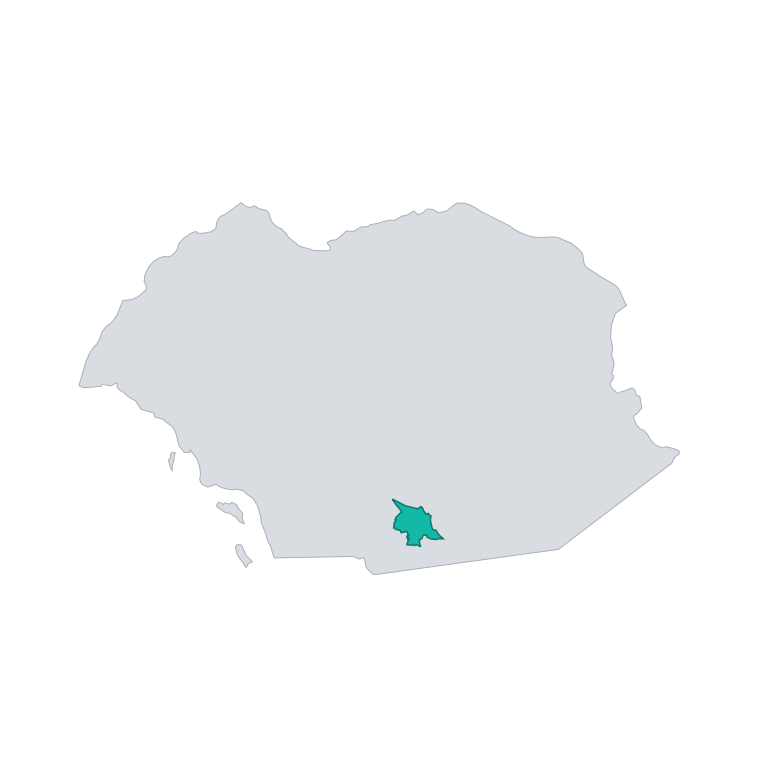 Monduli, Arusha, United Republic of Tanzania (highlighted), rotated 143°
{"feature_id": "72390352B11439822404473", "entity_name": "Monduli", "entity_type": "district", "adm_level": 2, "iso_a3": "TZA", "parent_name": "United Republic of Tanzania", "parent_adm1": "Arusha", "projection": "orthographic", "projection_center": [36.288, -3.452], "detail": "fine", "context": "in_parent", "style": "filled", "palette": "teal", "viewbox_px": 768, "rotation_deg": 143, "n_neighbors": 0, "source": "geoboundaries", "source_scale": "gbopen_adm2", "svg_char_len": 8276}
<svg xmlns="http://www.w3.org/2000/svg" viewBox="0 0 768 768"><g transform="rotate(143 384 384)"><path d="M299.2,519.6L292.0,515.9L285.5,513.6L280.2,511.1L277.8,508.6L272.8,507.7L268.5,507.3L264.5,505.0L256.3,504.2L255.4,502.6L255.2,499.2L253.8,498.3L250.8,497.5L247.6,497.5L245.7,498.0L244.5,497.8L241.8,495.8L239.3,493.3L238.3,489.2L234.6,486.6L230.2,484.5L218.2,484.8L216.4,484.2L213.5,482.2L210.1,478.8L207.4,474.9L204.9,469.6L202.4,462.5L188.3,434.1L186.8,428.7L184.0,422.7L179.5,415.4L174.8,410.0L168.4,405.1L161.2,400.2L157.3,396.9L149.7,383.5L148.1,377.3L146.9,370.8L147.3,368.1L151.8,359.7L152.3,357.3L151.7,354.1L149.3,347.5L146.4,339.4L140.3,324.6L139.4,320.9L139.5,318.1L142.8,303.0L142.7,300.9L156.6,301.1L166.6,294.5L175.3,284.6L177.0,280.4L180.6,274.1L184.1,270.9L185.4,268.8L187.4,262.4L192.0,258.1L196.5,254.8L195.5,252.5L196.2,251.7L198.6,250.0L203.4,248.4L204.3,245.1L204.3,241.4L203.5,239.3L203.6,236.9L202.9,235.6L199.8,235.2L195.1,233.4L191.2,232.6L188.6,231.6L187.6,230.8L187.2,228.5L189.3,222.7L187.1,220.4L191.9,210.8L192.8,209.7L194.5,209.5L197.3,208.5L199.9,208.0L202.0,208.4L203.5,208.0L204.9,206.9L206.1,203.6L207.0,198.2L206.4,193.8L204.4,190.4L203.9,185.2L204.8,178.3L204.1,172.5L201.8,167.9L199.6,165.1L196.1,163.9L190.6,156.8L188.9,153.4L189.2,151.3L191.1,150.4L194.6,150.7L197.9,149.8L200.9,147.9L203.9,147.3L205.4,147.6L344.2,147.0L506.6,237.6L507.3,238.7L508.6,246.5L508.3,249.1L505.8,253.6L505.0,256.0L505.0,257.6L505.6,258.3L507.7,258.5L509.6,259.6L510.2,260.4L511.6,263.8L513.4,265.5L574.8,310.1L576.2,310.8L575.3,314.5L571.8,323.6L571.6,327.3L570.2,331.8L568.9,334.7L565.3,347.4L562.3,352.2L558.2,363.3L557.5,371.8L559.7,377.8L560.5,383.4L565.2,388.9L569.0,390.9L571.6,393.4L576.1,399.1L578.6,404.9L586.7,407.7L589.9,414.2L588.7,418.6L584.9,422.3L581.4,428.2L578.5,436.0L578.3,448.0L580.2,446.2L584.5,449.1L585.0,457.9L580.5,468.1L579.1,472.9L578.8,477.0L582.0,489.2L586.8,495.5L586.4,497.4L585.1,499.0L593.3,510.1L592.5,519.7L595.6,527.1L596.9,533.6L598.9,538.6L599.2,542.0L596.6,545.7L602.7,546.7L606.2,549.8L607.8,552.8L612.2,552.7L614.5,554.7L617.9,556.4L625.4,561.4L627.4,563.9L628.6,566.3L607.7,581.9L600.2,585.9L594.8,587.8L589.1,588.8L583.7,591.2L578.5,595.1L572.0,597.0L564.0,597.0L555.6,599.7L542.4,607.8L534.7,603.3L528.7,601.8L521.8,602.0L517.5,602.5L516.0,603.5L514.7,606.2L513.6,610.7L509.0,615.1L501.0,619.2L493.7,620.7L487.0,619.7L482.4,617.9L480.1,615.5L476.6,614.4L472.0,614.6L467.5,616.3L463.3,619.6L456.6,621.0L447.3,620.5L442.3,619.0L441.7,616.3L437.6,613.1L430.2,609.5L424.7,609.4L421.2,612.9L418.0,615.1L415.1,616.0L412.5,616.1L408.7,615.1L398.5,614.8L388.8,614.9L387.8,609.9L385.8,606.8L384.0,605.0L380.7,604.6L379.7,603.1L378.6,600.0L376.9,597.3L374.7,595.1L373.4,593.1L373.0,591.2L373.3,589.1L375.3,584.0L375.9,580.4L375.7,576.8L374.5,573.1L372.2,568.7L372.5,567.4L371.7,564.4L371.6,562.3L372.0,559.6L371.5,556.1L369.5,548.8L369.5,546.9L367.4,543.3L360.9,534.8L360.5,533.7L350.3,525.2L346.3,523.3L344.8,524.9L344.3,526.4L344.7,529.1L344.5,530.5L344.1,531.1L341.6,531.0L340.1,530.7L336.3,528.4L333.3,527.9L325.8,528.3L323.2,528.9L321.2,528.4L317.2,524.5L312.6,523.6L308.4,523.5L301.6,519.0L299.2,519.6ZM588.0,376.6L591.3,386.0L590.9,387.8L588.5,388.8L587.2,388.9L585.8,387.4L584.7,384.2L582.9,385.0L579.9,381.2L576.8,381.0L574.2,376.4L575.2,372.5L574.7,365.7L578.0,362.3L579.8,356.5L582.0,360.4L582.4,366.6L585.2,373.9L588.0,376.6ZM604.6,320.4L604.8,322.6L604.1,324.7L604.2,331.4L603.9,335.9L601.4,342.0L599.3,344.2L597.5,343.6L596.0,342.5L594.8,340.9L597.3,329.6L596.1,321.3L600.8,322.1L604.6,320.4ZM596.9,456.4L594.5,457.0L593.6,456.4L592.1,454.6L594.7,453.0L597.2,450.0L602.9,445.5L605.6,441.9L605.1,445.4L601.9,453.0L599.1,453.5L596.9,456.4Z" fill="#d9dde1" stroke="#a8b0b8" stroke-width="1"/><path d="M462.4,241.8L461.8,241.2L461.5,241.0L461.2,240.7L458.3,238.2L457.2,237.3L456.8,236.9L456.8,237.0L455.9,236.7L455.5,236.8L454.9,236.2L454.4,235.6L454.3,234.9L453.0,232.6L452.7,232.5L452.4,232.5L452.1,233.3L452.0,233.5L451.8,234.2L451.2,235.5L450.8,236.4L450.4,237.6L450.2,237.7L449.6,238.1L449.3,238.1L449.0,237.9L448.9,237.9L448.8,238.0L448.7,238.0L448.6,237.9L448.3,238.0L448.0,237.9L447.6,237.8L447.4,237.8L447.0,237.9L446.8,237.9L446.7,237.9L446.6,238.0L446.4,238.0L446.2,238.0L445.9,238.2L445.8,238.3L445.6,238.4L445.6,238.5L445.2,238.7L445.1,238.8L444.9,239.0L444.5,239.2L444.2,239.4L443.9,239.4L443.7,239.4L443.6,239.5L443.3,239.4L443.1,239.2L442.8,239.1L442.7,238.9L442.4,238.7L442.1,238.7L441.7,238.4L441.3,238.0L440.8,237.2L441.8,235.8L441.9,235.7L441.5,235.2L441.0,234.4L440.8,234.1L440.4,233.4L440.2,233.0L440.2,232.6L439.6,232.0L439.1,231.2L438.5,230.7L437.9,230.2L437.5,230.0L437.4,229.8L436.6,229.0L436.2,228.6L435.9,228.3L435.7,228.3L435.4,228.3L435.2,228.4L434.7,228.2L434.0,227.8L433.8,227.7L433.7,227.7L431.4,225.9L430.7,225.5L430.2,225.0L429.9,224.7L429.9,225.2L429.9,225.4L430.0,226.4L430.3,227.3L430.6,228.5L430.7,229.0L430.8,229.1L430.7,229.5L430.8,230.0L430.8,230.3L430.8,231.1L430.8,232.4L430.8,232.9L430.7,233.5L430.7,236.4L431.3,236.5L431.5,236.6L431.5,236.8L432.5,237.6L432.6,238.6L432.7,238.8L432.3,239.2L432.3,239.9L430.0,245.1L429.4,246.4L428.8,247.1L428.5,247.8L427.8,248.5L427.2,249.2L426.9,249.4L426.4,249.9L425.8,250.5L426.5,251.2L426.5,252.0L426.8,252.7L426.9,253.0L426.9,253.3L426.8,253.5L426.4,253.8L426.3,254.1L426.4,254.4L426.4,254.2L426.6,254.1L427.6,254.4L427.9,254.3L428.1,254.3L428.2,254.5L428.3,254.6L428.5,254.6L428.5,254.8L428.7,255.0L428.6,255.3L428.9,255.6L428.9,255.8L428.9,256.1L428.7,256.3L428.8,256.5L428.7,256.5L428.7,256.9L428.8,256.9L428.8,257.1L428.8,257.5L428.6,257.7L428.6,258.0L428.6,258.4L428.7,258.7L428.8,259.1L428.7,259.4L428.7,259.7L428.2,260.4L428.2,260.7L428.0,261.0L427.8,261.5L427.8,262.1L428.0,262.3L428.2,262.7L428.1,263.1L428.4,263.8L428.5,264.0L429.8,263.8L430.4,263.9L430.8,263.8L431.2,263.7L432.1,264.3L432.4,264.7L432.7,264.7L432.9,264.5L433.1,264.8L433.5,265.4L433.8,266.0L440.3,274.0L442.0,277.5L442.8,279.3L445.1,284.1L446.2,286.4L446.3,286.5L447.0,286.2L447.0,285.8L446.9,285.4L446.9,284.7L446.9,284.2L446.8,283.6L446.9,283.1L446.9,281.6L447.0,281.0L447.0,280.2L447.0,279.9L447.0,279.7L447.0,278.8L447.0,278.6L447.0,278.1L446.8,277.5L446.7,277.2L446.8,276.8L446.7,276.2L446.8,275.3L446.8,274.4L446.7,274.0L446.7,273.5L446.9,272.8L446.9,272.7L446.9,272.3L446.9,271.9L447.0,271.1L447.5,271.1L447.9,271.1L448.2,271.0L448.9,271.1L450.0,270.9L450.4,270.9L450.6,270.9L450.8,270.8L451.2,270.8L452.4,270.5L452.8,270.5L453.6,270.4L455.1,270.1L455.3,269.9L455.5,269.8L455.5,269.7L455.4,269.6L455.6,269.3L455.9,269.1L456.1,268.9L456.3,268.8L456.5,268.5L456.6,268.4L456.7,268.5L456.7,268.4L456.8,268.5L456.9,268.4L457.0,268.3L457.2,268.2L457.3,268.0L457.4,267.9L457.5,267.9L457.6,267.7L457.8,267.4L458.0,267.3L457.9,267.2L458.0,267.1L458.5,267.1L458.8,267.2L459.1,267.0L459.3,266.9L459.5,266.6L459.7,266.4L459.9,266.2L460.0,266.2L460.4,266.1L460.5,266.1L460.6,265.9L460.8,265.8L460.8,265.7L460.9,265.4L461.0,265.3L461.1,265.2L461.2,264.8L461.2,264.7L461.1,264.3L461.1,264.2L461.3,264.1L461.6,264.0L461.8,263.9L461.9,263.7L462.0,263.6L462.3,263.6L462.5,263.6L462.4,263.7L462.5,263.8L462.6,263.7L462.4,262.8L462.2,262.2L462.1,260.9L462.1,260.5L462.0,260.4L461.9,260.4L461.7,260.4L461.1,260.1L460.8,259.8L460.7,259.7L460.6,259.4L460.5,258.8L460.4,258.7L460.2,258.6L459.8,258.0L459.5,257.8L459.0,257.0L459.1,256.9L459.3,256.4L459.5,255.8L459.7,255.4L459.8,255.1L459.7,254.9L459.6,254.7L459.4,254.6L458.9,254.4L458.7,254.4L458.4,254.3L458.2,254.2L457.9,254.1L457.3,253.8L456.8,253.6L456.8,253.4L456.6,253.4L456.3,253.4L456.2,253.3L456.1,253.2L455.9,253.2L455.6,253.1L455.3,253.0L455.2,252.9L454.8,253.0L454.6,252.8L454.6,252.2L454.6,251.9L454.7,251.6L454.7,251.4L454.8,251.2L454.9,250.9L455.0,250.7L455.0,250.4L455.1,249.9L455.1,249.7L455.4,249.4L456.1,249.1L455.9,249.0L455.6,248.5L455.5,248.0L455.8,248.1L456.0,248.1L457.4,248.2L457.5,248.2L457.8,248.1L458.0,247.9L458.0,247.6L458.0,247.3L458.1,247.0L458.3,246.6L458.2,246.6L457.3,246.5L457.1,246.4L456.8,246.2L456.7,246.0L456.7,245.8L456.8,245.0L457.6,244.8L458.1,244.9L458.3,244.9L459.0,244.8L459.0,244.6L459.1,244.4L459.3,244.3L459.4,244.2L459.5,243.9L460.0,243.5L460.5,243.3L460.9,243.0L461.4,242.7L461.9,242.5L462.4,241.8Z" fill="#14b8a6" stroke="#0f766e" stroke-width="1.5"/></g></svg>